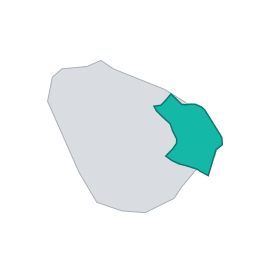 Sant Julià de Lòria highlighted on a map of Andorra, rotated 231°
{"feature_id": "AND-4882", "entity_name": "Sant Julià de Lòria", "entity_type": "state/province", "adm_level": 1, "iso_a3": "AND", "parent_name": "Andorra", "parent_adm1": "", "projection": "natural_earth1", "projection_center": [1.502, 42.473], "detail": "fine", "context": "in_parent", "style": "filled", "palette": "teal", "viewbox_px": 256, "rotation_deg": 231, "n_neighbors": 0, "source": "natural_earth", "source_scale": "10m", "svg_char_len": 777}
<svg xmlns="http://www.w3.org/2000/svg" viewBox="0 0 256 256"><g transform="rotate(231 128 128)"><path d="M197.5,149.5L183.0,153.9L134.6,180.9L107.1,190.3L81.9,195.1L62.2,193.1L51.3,177.3L52.5,153.1L48.1,131.2L44.3,119.6L51.4,88.1L67.5,71.0L89.9,57.0L125.0,62.2L199.5,82.4L215.1,101.3L215.5,114.0L201.7,134.7L197.5,149.5Z" fill="#d9dde1" stroke="#a8b0b8" stroke-width="1"/><path d="M93.6,199.0L61.7,195.0L55.7,190.8L55.7,182.5L40.5,160.4L49.4,156.7L52.4,155.9L62.8,149.0L67.9,145.1L75.0,141.7L82.4,139.7L83.2,145.6L83.6,149.6L85.5,156.0L88.7,158.9L97.7,160.9L104.7,163.4L114.5,161.9L123.1,160.9L128.6,161.9L125.0,167.8L125.8,174.7L127.4,182.8L112.5,184.6L109.6,187.7L107.3,191.5L104.0,195.3L97.9,198.4L93.6,199.0Z" fill="#14b8a6" stroke="#0f766e" stroke-width="1.5"/></g></svg>